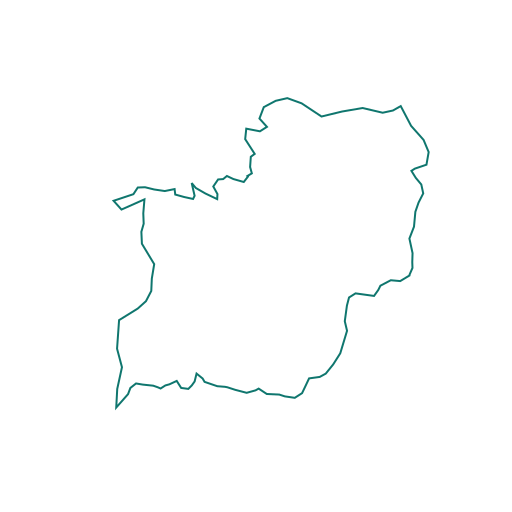 the district of Alektora, Limassol, Cyprus, rotated 18°
{"feature_id": "46923920B57894540392613", "entity_name": "Alektora", "entity_type": "district", "adm_level": 2, "iso_a3": "CYP", "parent_name": "Cyprus", "parent_adm1": "Limassol", "projection": "albers", "projection_center": [32.666, 34.7], "detail": "fine", "context": "isolated", "style": "outline", "palette": "teal", "viewbox_px": 512, "rotation_deg": 18, "n_neighbors": 0, "source": "geoboundaries", "source_scale": "gbopen_adm2", "svg_char_len": 1643}
<svg xmlns="http://www.w3.org/2000/svg" viewBox="0 0 512 512"><g transform="rotate(18 256 256)"><path d="M169.9,443.3L177.0,426.9L177.3,420.3L181.3,414.3L188.0,413.3L198.3,411.1L203.1,411.2L206.2,411.5L209.8,407.1L213.3,404.8L219.2,399.3L225.6,404.6L232.7,403.3L234.9,399.0L236.4,394.3L235.8,386.2L243.1,389.0L246.0,391.6L259.4,391.8L266.9,390.0L269.3,389.7L277.6,389.7L289.4,389.0L297.1,383.9L299.5,381.3L308.9,383.9L320.9,380.6L326.8,380.6L336.7,378.9L342.2,372.2L343.3,363.9L344.3,356.0L354.0,351.3L358.7,346.3L362.9,335.3L366.2,322.5L365.7,299.0L360.6,290.6L357.8,275.1L357.3,266.7L362.2,260.8L380.6,257.5L382.8,250.5L383.5,245.8L391.7,237.4L400.9,235.3L408.0,227.1L407.8,226.4L408.5,219.0L406.5,213.5L404.0,204.9L396.5,192.0L397.2,179.3L393.9,164.7L394.1,154.9L395.7,144.8L391.1,136.9L383.8,132.3L377.5,127.0L380.1,123.8L389.9,116.5L388.1,103.8L379.5,93.8L363.3,84.3L350.8,72.1L347.3,68.7L341.3,75.3L332.2,80.6L311.7,82.3L293.2,92.0L275.2,103.1L252.2,96.7L237.0,96.2L226.8,102.3L217.4,112.0L216.8,124.2L226.5,129.8L221.2,136.2L207.4,137.9L209.6,148.2L223.2,159.3L220.4,163.2L222.9,173.2L226.5,178.7L223.1,182.6L223.8,183.0L221.5,189.4L210.7,189.8L203.6,188.9L201.0,193.0L196.3,194.9L193.9,203.1L200.2,209.0L201.5,213.9L188.6,212.2L177.7,209.9L172.3,206.5L179.0,217.7L178.5,221.2L169.4,222.1L160.2,222.5L157.9,217.5L149.2,222.4L138.6,224.2L129.2,224.9L122.4,227.4L120.3,235.1L103.5,247.5L113.7,253.4L132.4,236.6L135.6,250.2L139.2,260.0L139.5,268.4L143.7,279.6L161.7,295.2L163.9,309.7L167.2,321.6L165.3,333.0L159.8,342.5L145.6,359.3L152.5,387.1L162.9,403.2L165.1,425.3L169.9,443.3Z" fill="none" stroke="#0f766e" stroke-width="2"/></g></svg>